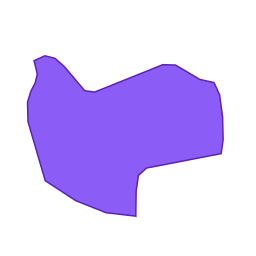 outline of Val-de-Marne, rotated 168°
{"feature_id": "FRA-5350", "entity_name": "Val-de-Marne", "entity_type": "Metropolitan department", "adm_level": 1, "iso_a3": "FRA", "parent_name": "France", "parent_adm1": "", "projection": "orthographic", "projection_center": [2.475, 48.774], "detail": "fine", "context": "isolated", "style": "filled", "palette": "violet", "viewbox_px": 256, "rotation_deg": 168, "n_neighbors": 0, "source": "natural_earth", "source_scale": "10m", "svg_char_len": 488}
<svg xmlns="http://www.w3.org/2000/svg" viewBox="0 0 256 256"><g transform="rotate(168 128 128)"><path d="M138.7,40.1L138.8,40.2L167.1,49.7L194.1,67.7L219.9,93.6L224.5,155.0L220.9,174.2L215.4,184.1L209.5,191.3L205.5,199.6L205.9,213.4L194.3,215.9L185.0,211.4L177.5,201.3L162.6,173.5L153.2,170.1L80.8,182.7L68.4,179.7L47.7,160.6L34.4,154.5L31.5,141.3L33.2,119.0L37.4,96.7L42.2,83.6L118.2,85.0L127.7,79.4L133.1,64.8L138.7,40.1Z" fill="#8b5cf6" stroke="#5b21b6" stroke-width="1.5"/></g></svg>